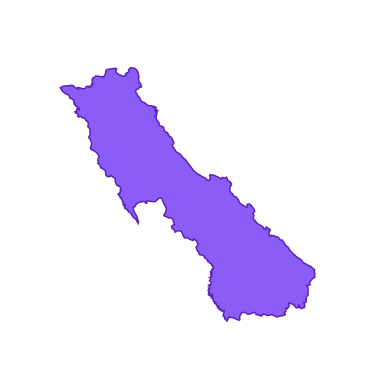 Miandrivazo, Menabe, Madagascar, rotated 150°
{"feature_id": "10022922B2580716977723", "entity_name": "Miandrivazo", "entity_type": "district", "adm_level": 2, "iso_a3": "MDG", "parent_name": "Madagascar", "parent_adm1": "Menabe", "projection": "natural_earth1", "projection_center": [45.43, -19.207], "detail": "fine", "context": "isolated", "style": "filled", "palette": "violet", "viewbox_px": 384, "rotation_deg": 150, "n_neighbors": 0, "source": "geoboundaries", "source_scale": "gbopen_adm2", "svg_char_len": 6044}
<svg xmlns="http://www.w3.org/2000/svg" viewBox="0 0 384 384"><g transform="rotate(150 192 192)"><path d="M254.7,227.8L255.0,226.9L256.3,226.4L256.5,227.3L257.1,227.1L256.7,224.1L257.0,222.9L256.4,222.6L256.7,221.3L256.3,220.5L257.0,218.3L256.4,217.6L256.6,216.9L257.7,216.3L257.9,215.2L256.5,214.6L257.5,214.0L257.0,213.5L257.1,212.8L257.5,212.5L257.8,213.0L258.3,212.1L258.2,210.9L256.7,209.2L257.0,208.5L256.4,207.9L257.1,206.6L255.9,205.7L255.5,199.1L254.2,196.7L254.4,191.8L253.2,193.2L252.0,198.5L251.9,204.5L250.7,208.1L248.7,207.8L246.2,209.4L243.0,209.5L238.9,208.2L237.7,206.6L237.3,205.1L236.3,205.3L235.7,207.1L229.7,202.5L228.5,202.1L223.3,203.2L221.5,201.8L222.3,194.8L222.2,191.0L224.8,187.7L227.3,186.6L228.2,185.6L225.0,181.0L223.3,180.2L222.4,178.5L222.4,177.2L223.5,172.5L224.1,172.2L225.1,172.9L227.1,172.3L227.4,170.3L226.3,167.9L226.7,165.6L223.5,165.6L221.0,163.4L221.1,159.9L221.6,159.0L221.1,157.7L221.7,157.1L221.5,156.4L220.7,155.4L218.6,154.6L217.6,152.1L215.4,149.5L214.2,150.3L213.5,150.2L213.2,148.4L212.3,147.6L213.2,143.5L216.0,142.2L216.8,138.3L216.2,136.2L217.0,134.7L216.7,133.7L214.6,132.3L213.8,130.8L213.9,129.0L213.6,129.2L212.8,126.4L213.1,125.4L212.3,124.7L213.1,123.7L212.3,122.9L212.0,121.0L211.3,120.6L211.4,119.3L211.1,119.5L210.9,118.2L211.4,117.4L210.9,116.8L212.4,114.5L213.5,115.1L213.6,114.3L215.8,113.8L216.3,112.3L215.1,111.7L215.4,111.1L216.5,111.8L216.5,111.1L217.3,110.8L216.9,109.0L219.4,109.1L219.0,108.6L219.4,106.8L221.0,106.7L220.8,103.8L222.6,102.0L223.1,102.9L224.2,103.0L223.9,102.3L224.3,101.5L225.1,100.2L225.6,100.4L225.3,99.4L227.1,98.9L227.5,97.5L226.9,96.6L228.0,96.2L227.6,95.7L227.9,94.7L228.4,95.5L229.1,95.0L228.1,92.6L227.5,93.5L226.4,93.0L225.6,93.3L226.3,91.4L227.1,91.8L226.9,90.1L227.7,90.2L227.0,89.6L228.1,86.8L227.3,86.1L227.8,86.0L227.7,84.9L226.9,84.2L227.6,84.0L227.9,84.6L228.1,84.2L227.1,83.2L227.4,82.8L227.1,81.4L226.3,80.5L227.3,80.2L226.4,79.2L227.2,79.1L226.9,78.6L227.4,78.4L226.9,77.5L227.1,76.4L226.1,76.7L225.8,75.5L226.0,74.3L224.8,74.3L225.1,73.7L223.5,73.0L226.9,69.3L226.5,66.8L227.0,65.8L226.2,62.8L222.6,65.1L219.5,62.8L215.4,57.4L214.4,57.5L213.5,59.7L212.0,61.1L209.5,62.4L208.2,62.4L206.0,60.7L204.7,58.1L202.5,57.2L198.3,56.8L197.6,55.9L197.8,53.6L196.5,53.1L195.4,51.4L194.6,51.3L194.0,49.9L191.7,50.7L189.9,49.3L188.6,47.4L183.6,45.6L183.0,43.7L181.8,42.9L181.1,41.3L176.3,40.3L175.5,39.4L174.0,39.6L172.8,39.0L172.2,40.1L172.2,41.5L170.4,41.7L169.0,44.2L168.1,43.4L167.7,44.0L167.2,43.5L165.4,44.4L164.8,44.9L165.1,45.7L164.1,46.5L164.1,47.3L163.5,47.3L160.4,43.9L159.7,39.7L157.4,38.6L156.2,40.7L155.8,39.8L156.4,37.9L155.3,36.3L152.2,35.8L152.0,36.7L151.1,37.1L150.6,40.2L149.5,39.5L148.2,39.7L146.0,43.1L144.7,44.3L143.2,44.6L139.4,50.9L139.6,53.5L138.5,52.8L137.5,53.2L136.0,52.6L135.9,54.1L135.0,55.2L130.7,56.8L128.4,56.8L126.2,60.5L126.0,62.0L124.7,63.2L126.6,68.6L127.6,69.6L131.2,75.8L131.4,79.0L134.3,84.5L134.2,85.6L134.9,86.4L136.4,92.8L136.5,96.7L137.7,98.4L137.5,100.9L138.0,105.4L139.6,106.3L139.8,109.5L140.7,110.6L141.6,110.8L142.7,113.2L143.6,113.3L144.7,114.8L144.9,114.2L146.7,114.9L146.8,116.1L145.2,118.9L144.0,120.3L143.8,119.6L143.3,119.8L143.2,120.7L145.1,124.5L146.3,124.1L146.9,122.7L148.3,124.3L148.0,126.6L151.4,132.4L151.7,136.1L152.3,137.9L151.5,139.6L150.1,140.6L150.2,142.7L147.4,143.8L146.9,146.4L147.5,151.1L148.2,153.0L150.5,153.7L151.3,151.9L152.3,151.5L154.5,154.9L156.2,158.9L155.8,162.1L156.3,165.6L158.1,168.0L157.6,169.6L158.7,172.0L158.5,174.5L156.8,177.2L154.5,178.3L153.7,179.3L153.8,181.4L155.2,184.1L154.7,186.0L154.8,187.6L157.0,187.8L158.5,189.5L160.4,188.8L161.9,191.8L165.0,196.0L168.0,197.9L168.4,197.6L169.0,194.8L171.8,193.5L172.5,194.3L173.9,198.2L175.4,199.8L177.0,203.4L177.9,204.1L179.9,209.4L181.5,223.2L182.7,226.5L183.2,230.3L185.7,235.1L185.8,241.7L185.4,242.8L184.1,242.9L183.0,243.9L182.5,249.4L183.9,252.5L183.6,255.7L185.1,257.7L185.0,260.4L184.2,262.0L185.0,263.7L186.6,265.3L186.8,266.9L186.0,268.4L186.5,272.9L185.6,274.9L186.3,276.5L185.7,276.7L184.8,275.9L182.9,277.7L183.5,278.4L182.2,279.1L183.2,279.2L183.3,279.9L181.8,280.1L183.2,280.8L181.6,281.5L182.5,282.5L182.6,283.7L181.0,283.3L182.5,285.8L183.1,285.9L182.7,285.0L183.0,284.7L184.2,287.0L186.9,288.9L188.6,293.4L190.1,294.9L190.6,297.3L190.2,300.0L190.7,301.8L190.8,306.5L190.4,307.6L188.7,308.7L186.7,308.1L184.6,309.2L183.6,308.1L183.2,308.2L182.9,310.3L182.2,311.2L182.9,313.7L182.0,316.2L179.9,319.3L178.7,324.1L179.6,327.6L182.1,329.6L182.9,329.7L183.3,330.4L185.9,329.4L186.8,327.6L190.2,327.8L190.9,325.9L194.5,326.9L195.0,328.5L197.1,331.0L198.0,333.9L198.0,334.5L195.8,336.1L196.6,337.6L204.4,340.5L205.6,340.4L208.4,337.1L211.1,335.9L211.9,336.8L213.6,337.3L214.7,338.9L217.6,340.6L219.7,339.9L221.0,340.4L222.4,339.2L224.5,334.6L225.1,335.5L226.1,334.0L227.2,334.4L227.6,333.6L228.0,334.8L228.8,334.5L229.2,335.7L230.8,336.1L231.4,335.3L233.5,335.3L235.1,336.2L238.2,339.4L238.9,339.5L238.9,338.1L239.5,338.6L239.4,339.3L240.8,340.2L241.7,343.5L243.2,344.7L250.9,348.1L253.8,348.2L254.1,346.6L253.4,345.6L253.9,344.7L253.4,342.7L252.4,340.3L251.0,338.9L250.4,336.9L250.7,333.8L249.3,332.7L248.7,330.3L249.5,328.9L249.3,327.6L250.1,327.2L249.6,325.7L249.9,324.8L249.1,324.3L249.0,323.2L247.7,320.3L248.4,319.6L249.2,321.1L250.1,321.5L251.4,319.8L253.3,320.0L253.4,319.2L252.9,318.0L252.2,317.9L251.8,315.9L253.2,314.6L252.6,313.6L250.5,313.2L249.8,310.9L248.2,310.1L248.0,306.2L247.1,305.3L247.5,303.1L249.6,300.5L248.8,297.8L250.0,295.3L250.4,295.3L251.1,292.8L254.0,291.2L254.2,290.1L253.7,288.6L254.6,284.3L258.2,280.5L257.7,279.7L257.9,279.1L255.7,275.8L254.8,273.2L254.5,270.4L254.9,268.9L256.8,267.8L257.8,266.3L258.0,264.7L259.3,264.1L258.3,261.7L258.9,258.6L258.2,258.0L258.1,256.9L257.4,256.4L256.4,253.7L258.1,249.7L257.5,247.5L256.8,247.0L255.7,246.9L255.2,246.3L253.6,246.8L253.0,244.4L251.7,242.4L253.3,239.2L253.7,236.2L253.6,234.9L252.8,234.5L251.8,232.5L251.9,230.7L252.6,229.4L253.1,229.7L253.3,228.5L254.7,227.8Z" fill="#8b5cf6" stroke="#5b21b6" stroke-width="1.5"/></g></svg>